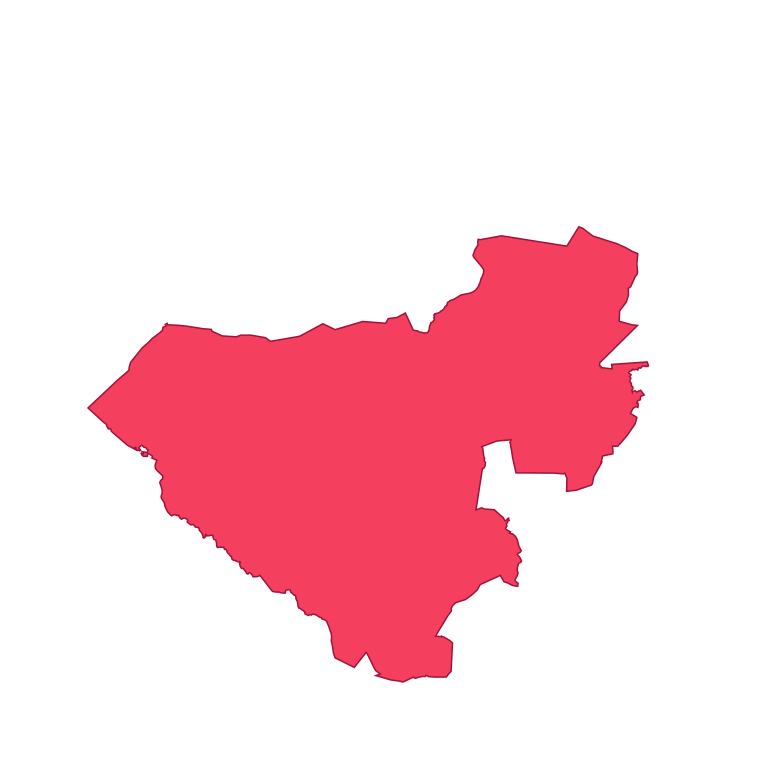 Arroyo Seco, Querétaro, Mexico, rotated 305°
{"feature_id": "50627088B12767875779778", "entity_name": "Arroyo Seco", "entity_type": "district", "adm_level": 2, "iso_a3": "MEX", "parent_name": "Mexico", "parent_adm1": "Querétaro", "projection": "natural_earth1", "projection_center": [-99.653, 21.432], "detail": "fine", "context": "isolated", "style": "filled", "palette": "rose", "viewbox_px": 768, "rotation_deg": 305, "n_neighbors": 0, "source": "geoboundaries", "source_scale": "gbopen_adm2", "svg_char_len": 6171}
<svg xmlns="http://www.w3.org/2000/svg" viewBox="0 0 768 768"><g transform="rotate(305 384 384)"><path d="M152.5,441.2L151.6,442.9L152.0,443.2L152.0,449.7L150.4,451.1L151.0,454.8L152.8,455.8L153.0,457.0L154.7,457.6L155.8,460.5L156.0,461.8L155.9,464.1L156.7,467.1L156.0,467.7L156.8,470.8L156.7,473.6L156.1,474.0L152.9,479.1L152.3,479.6L149.5,483.7L147.2,485.8L143.3,488.2L139.5,492.4L134.8,496.7L131.6,501.1L134.8,522.2L153.9,523.3L153.5,524.8L145.1,540.0L144.4,541.9L144.3,547.3L140.5,544.6L145.5,559.4L149.3,566.7L150.8,570.5L161.0,576.4L160.7,577.5L160.8,578.4L163.5,580.4L166.6,583.4L168.0,585.5L169.5,585.7L170.0,588.7L173.1,593.8L179.8,603.2L183.0,603.2L187.0,603.8L211.1,588.7L211.6,584.7L211.0,578.0L210.3,576.4L210.4,576.0L210.1,576.1L208.7,573.8L207.0,570.8L231.2,569.2L236.1,569.4L237.4,569.0L238.3,567.8L241.9,567.4L246.1,568.2L254.2,574.4L258.3,575.8L261.9,577.0L268.9,578.5L275.0,577.9L293.9,589.1L290.8,595.7L292.0,599.7L292.6,604.6L294.9,609.6L297.7,608.1L297.7,605.3L298.5,603.6L303.5,603.1L304.3,602.6L306.1,602.3L307.8,599.9L311.1,598.2L313.8,597.3L314.8,597.3L316.3,598.2L317.3,598.4L318.1,597.9L320.0,594.5L320.7,591.0L322.1,590.8L324.0,592.1L326.1,592.1L328.3,587.8L332.8,582.6L334.6,579.1L335.0,575.6L333.8,572.4L335.5,572.4L335.0,569.8L335.0,567.5L335.6,566.2L338.3,566.1L339.1,564.9L340.1,564.2L340.9,564.7L342.5,563.9L344.1,564.8L344.7,563.6L345.6,563.1L344.7,562.5L342.7,562.3L341.3,561.6L343.0,558.1L343.2,554.5L344.3,546.4L339.2,538.0L338.5,534.9L333.6,531.6L371.0,513.2L372.0,514.0L373.5,514.0L374.8,513.8L377.8,512.3L378.6,510.2L381.1,508.8L381.8,507.4L388.1,501.7L388.7,500.0L402.1,509.2L411.1,520.0L408.1,520.8L407.4,522.2L405.5,523.5L403.3,526.1L397.5,531.5L386.9,543.1L408.5,574.3L413.0,582.1L414.6,583.3L411.8,587.8L400.8,595.1L407.3,602.4L420.1,611.8L421.6,612.0L428.4,609.0L443.4,607.5L444.8,607.1L444.4,606.8L450.5,604.4L458.1,611.5L460.4,610.0L464.1,606.8L467.3,611.3L468.9,611.2L471.4,611.8L482.0,612.7L495.4,612.6L501.7,610.3L501.2,602.8L506.5,602.0L508.8,602.6L510.3,604.0L510.4,605.4L512.4,604.5L512.4,604.1L513.9,603.2L513.3,601.9L516.1,601.6L518.1,603.0L521.1,601.3L524.3,603.5L526.1,597.8L523.7,596.3L522.5,595.9L522.5,593.6L520.6,592.0L519.6,592.2L521.1,590.5L522.8,590.7L524.5,589.2L524.2,587.9L526.5,586.1L526.9,584.1L528.7,583.2L530.4,582.9L530.9,580.9L532.5,581.3L533.4,581.0L533.4,578.2L534.2,577.7L535.8,578.1L536.3,578.8L538.2,579.4L538.5,579.1L538.8,579.3L538.9,580.6L541.0,582.6L540.9,583.7L541.1,584.0L542.0,583.6L543.4,583.4L544.2,585.2L547.0,585.5L548.4,587.3L548.3,587.9L549.4,589.2L549.2,589.5L550.2,590.2L550.9,590.0L553.0,586.9L530.6,559.2L527.3,562.2L522.0,552.6L522.9,551.5L522.5,550.1L525.2,548.6L577.4,558.1L574.8,553.3L570.3,540.7L579.0,535.1L590.1,535.5L596.8,533.4L602.5,529.3L605.2,530.3L615.8,528.2L619.1,528.4L621.1,527.5L627.6,522.1L636.4,517.1L635.1,511.9L634.4,504.2L632.6,494.7L625.0,470.2L625.5,457.5L624.5,453.4L601.8,454.7L572.8,395.3L557.4,380.0L556.5,378.1L554.5,379.1L551.9,381.2L545.9,381.5L540.5,383.1L540.0,383.6L539.3,385.0L536.5,395.4L535.2,399.3L533.9,400.8L532.5,401.6L528.5,402.8L525.9,403.1L522.6,404.3L517.7,405.4L513.3,405.2L510.7,404.2L507.7,402.3L501.3,396.1L493.6,392.7L490.1,390.2L488.8,390.1L487.4,389.3L485.0,390.0L484.7,390.5L483.8,390.3L483.3,389.8L481.6,389.6L481.2,389.9L480.0,389.9L477.9,389.6L475.9,388.6L475.4,388.7L473.8,388.1L470.5,385.2L469.6,385.7L468.9,385.3L468.6,385.8L468.6,386.4L467.8,386.8L466.9,386.7L466.3,387.8L465.7,388.2L464.9,388.3L464.3,388.1L463.4,388.5L460.9,387.2L459.9,387.7L458.0,387.9L454.1,389.9L452.9,390.0L452.2,390.4L451.0,390.0L449.7,388.9L448.0,386.1L447.9,385.0L446.7,382.9L446.9,381.3L444.9,377.1L454.4,360.8L446.0,356.5L440.0,350.0L434.7,350.5L423.0,330.7L400.5,312.8L398.3,299.4L374.7,287.5L353.8,266.5L354.0,260.4L347.7,247.0L342.0,238.8L337.9,235.9L330.6,223.9L328.6,213.0L329.7,211.2L325.7,204.4L317.9,188.6L315.1,183.5L308.4,172.8L309.3,171.6L307.3,170.6L306.4,172.1L303.7,170.4L300.3,171.9L299.2,171.2L297.8,171.1L288.3,168.0L282.6,167.1L274.8,165.2L256.4,164.0L252.1,165.4L248.8,167.2L233.4,163.3L194.6,155.3L191.8,176.2L191.8,179.1L191.4,180.3L191.1,180.3L189.9,182.1L189.7,183.3L189.2,183.5L189.2,184.3L190.3,185.3L190.5,185.9L188.8,187.9L186.7,209.2L187.5,216.4L188.6,216.1L189.7,216.9L189.1,217.8L187.7,217.7L187.9,219.7L189.0,221.1L189.1,222.2L190.0,222.6L190.0,222.3L190.6,221.8L190.7,220.2L191.3,219.6L193.9,220.3L195.0,221.0L194.5,223.6L195.3,225.6L194.7,226.9L194.6,228.6L192.6,229.3L191.7,228.4L190.1,225.3L189.9,226.5L188.7,226.8L188.4,225.8L188.5,224.8L187.9,224.8L186.9,226.8L186.8,228.4L189.0,231.7L191.3,230.4L192.1,231.8L192.1,235.7L190.6,236.4L190.2,236.3L191.2,241.7L186.9,242.8L185.4,243.6L183.7,245.4L182.9,247.6L181.9,254.9L181.5,255.8L179.9,256.7L178.9,256.9L177.6,256.5L175.7,256.5L174.4,257.1L171.7,260.9L169.5,263.4L168.0,264.5L164.1,265.9L162.7,267.2L160.8,271.8L159.6,273.6L158.7,274.0L156.3,277.8L155.0,280.6L154.3,284.3L154.3,285.7L155.9,286.5L157.2,288.0L157.5,290.0L158.6,290.8L158.5,291.6L158.2,291.6L157.4,293.0L157.0,295.6L159.0,296.7L160.0,297.6L160.2,300.0L159.7,301.6L158.3,301.7L158.0,302.1L157.8,304.7L157.9,306.7L159.5,308.3L159.3,309.6L158.6,311.6L159.6,313.2L159.6,314.1L159.9,315.0L158.2,316.6L157.7,319.3L157.0,320.8L155.3,323.4L154.4,323.8L154.4,324.5L155.0,325.2L155.6,325.3L156.8,325.2L158.2,324.2L158.6,324.3L158.5,325.1L158.0,326.0L159.3,327.7L161.0,329.1L161.6,330.7L161.4,331.5L160.7,331.6L160.0,332.3L159.1,333.8L159.7,335.7L157.8,337.8L154.9,340.3L154.6,341.2L154.7,341.7L155.9,342.6L158.3,346.4L157.0,348.2L158.0,349.4L156.2,352.3L154.9,357.3L155.1,358.0L153.5,359.6L153.2,361.6L154.1,363.6L154.7,366.8L155.8,367.9L155.4,368.7L154.2,368.6L152.4,370.5L151.2,373.0L152.2,374.6L151.3,376.8L151.0,378.5L150.0,380.0L150.0,380.6L150.3,381.6L152.1,381.8L152.5,382.4L151.9,385.8L151.2,386.8L151.1,387.6L153.6,390.7L155.8,392.2L156.1,392.1L150.2,411.3L150.3,412.2L152.1,415.6L153.6,417.7L153.7,419.0L155.6,422.5L156.3,423.1L157.5,422.1L159.0,422.1L161.1,423.9L161.2,425.8L160.2,426.5L159.8,427.8L160.0,429.1L159.5,430.9L159.6,431.9L159.9,432.4L159.6,433.2L158.3,434.8L157.7,434.9L156.6,436.7L156.5,437.5L152.5,441.2Z" fill="#f43f5e" stroke="#9f1239" stroke-width="1.5"/></g></svg>